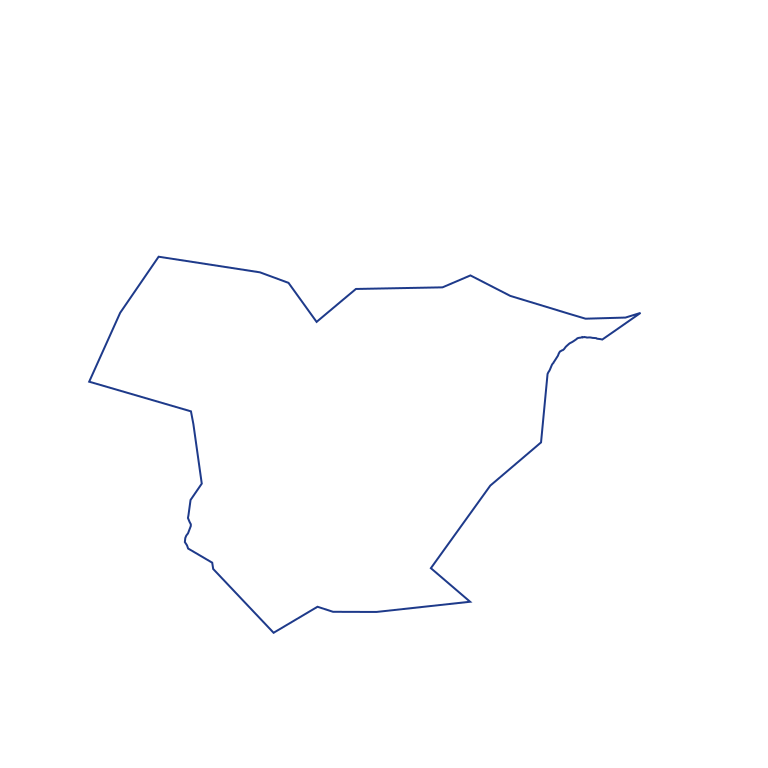 outline of Darvi, Govi-Altay, Mongolia, rotated 147°
{"feature_id": "93677404B27205660652351", "entity_name": "Darvi", "entity_type": "district", "adm_level": 2, "iso_a3": "MNG", "parent_name": "Mongolia", "parent_adm1": "Govi-Altay", "projection": "orthographic", "projection_center": [94.024, 46.494], "detail": "fine", "context": "isolated", "style": "outline", "palette": "blue", "viewbox_px": 768, "rotation_deg": 147, "n_neighbors": 0, "source": "geoboundaries", "source_scale": "gbopen_adm2", "svg_char_len": 1306}
<svg xmlns="http://www.w3.org/2000/svg" viewBox="0 0 768 768"><g transform="rotate(147 384 384)"><path d="M430.4,154.5L445.0,204.0L350.2,240.9L284.1,249.5L241.4,303.3L240.5,303.9L239.2,304.6L238.0,305.1L237.0,305.7L233.8,307.9L232.6,308.7L231.4,309.2L230.2,309.5L229.7,309.9L228.9,310.2L222.7,313.0L220.8,314.4L218.8,315.4L217.7,315.3L216.6,315.3L216.1,315.2L215.6,315.0L214.0,315.2L211.3,316.2L209.6,316.5L207.7,316.8L206.2,317.0L203.2,316.7L201.1,316.7L197.9,316.8L197.3,317.0L196.4,316.9L195.0,316.4L193.7,315.7L193.3,315.6L192.4,315.4L192.2,315.1L192.0,315.3L191.6,314.9L190.8,314.4L190.2,314.2L189.9,313.7L189.2,313.3L188.7,312.6L188.1,312.2L187.6,311.9L185.9,310.9L185.0,310.1L184.1,309.2L183.6,308.8L182.5,308.0L181.1,306.9L180.6,305.9L180.2,305.6L178.7,304.3L178.2,303.9L176.7,302.4L130.3,303.9L130.1,303.9L145.3,308.2L179.4,329.0L190.3,341.8L230.1,389.1L252.4,428.0L282.3,433.2L355.8,479.0L373.3,476.9L406.7,472.8L409.0,520.8L427.2,545.2L503.7,613.5L566.5,587.4L630.0,546.5L560.8,466.2L565.7,454.2L591.1,399.7L609.4,392.1L619.5,380.4L621.4,378.4L622.2,374.1L622.4,371.6L623.4,370.1L629.7,365.5L632.3,364.6L634.5,363.1L637.1,359.9L637.1,355.9L637.9,352.7L625.4,327.7L628.0,321.9L612.1,235.5L561.1,233.4L550.8,220.7L514.6,197.0L430.4,154.5Z" fill="none" stroke="#1e3a8a" stroke-width="2"/></g></svg>